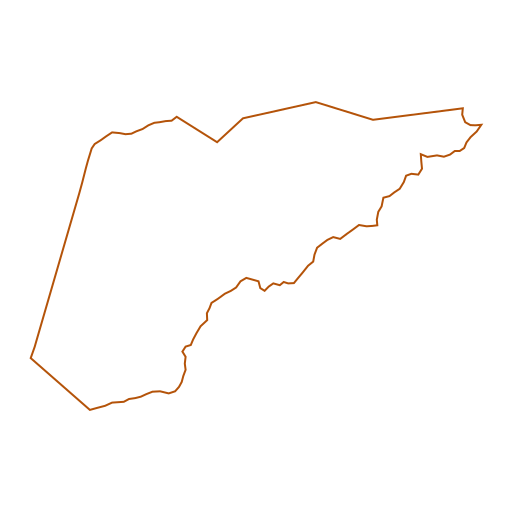 Santa Terezinha do Tocantins, Tocantins, Brazil
{"feature_id": "56859067B31738575780904", "entity_name": "Santa Terezinha do Tocantins", "entity_type": "district", "adm_level": 2, "iso_a3": "BRA", "parent_name": "Brazil", "parent_adm1": "Tocantins", "projection": "natural_earth1", "projection_center": [-47.719, -6.486], "detail": "fine", "context": "isolated", "style": "outline", "palette": "amber", "viewbox_px": 512, "rotation_deg": 0, "n_neighbors": 0, "source": "geoboundaries", "source_scale": "gbopen_adm2", "svg_char_len": 1556}
<svg xmlns="http://www.w3.org/2000/svg" viewBox="0 0 512 512"><path d="M481.3,124.8L475.4,125.3L470.4,125.1L465.2,122.2L462.2,114.7L462.8,108.3L373.0,119.8L315.8,102.1L243.0,118.3L217.1,142.2L176.7,116.8L171.6,120.7L165.7,121.1L159.6,122.2L154.3,122.8L148.4,125.3L142.6,129.0L136.4,131.3L131.4,133.7L125.5,134.2L119.7,133.1L112.1,132.4L106.2,136.3L100.6,140.3L94.7,144.0L91.7,148.4L87.9,160.8L85.9,168.1L82.2,182.6L79.2,193.5L36.3,341.2L34.7,346.8L30.7,358.1L89.9,409.9L97.1,407.9L105.1,405.8L112.1,402.6L118.1,402.2L123.8,401.8L129.0,399.0L135.2,398.1L140.8,396.7L146.4,394.1L152.5,391.7L160.1,391.3L168.7,393.4L175.1,391.3L179.0,386.9L181.7,382.0L183.3,376.0L185.6,369.8L184.8,363.6L185.6,356.8L182.4,351.6L185.6,346.6L190.8,345.0L193.1,339.5L196.5,333.1L200.6,326.2L207.2,320.1L206.9,313.2L209.5,308.2L211.5,302.9L217.6,299.0L224.9,293.7L230.8,290.9L236.1,287.5L240.5,281.3L246.3,277.9L251.4,279.3L258.5,281.3L260.3,288.1L264.6,290.8L268.7,286.6L273.3,283.4L279.8,285.2L283.7,282.0L288.2,283.4L293.9,283.1L298.0,278.1L302.7,272.5L308.1,265.7L313.2,261.6L314.5,254.6L317.1,247.7L322.8,243.3L327.4,239.9L333.2,237.1L340.2,238.9L346.8,233.9L353.1,229.4L359.0,225.0L366.6,226.3L372.5,225.9L377.3,225.3L376.8,219.7L378.3,211.8L381.6,206.4L383.4,197.7L389.5,196.1L394.4,192.3L399.7,188.8L403.8,182.1L406.1,175.7L411.4,173.8L418.3,174.6L422.0,168.7L421.3,161.4L420.8,154.2L427.4,156.9L437.0,155.4L443.9,156.7L450.0,154.6L454.8,151.0L459.7,151.0L464.2,148.0L466.5,142.4L470.6,137.1L476.7,131.5L481.3,124.8Z" fill="none" stroke="#b45309" stroke-width="2"/></svg>